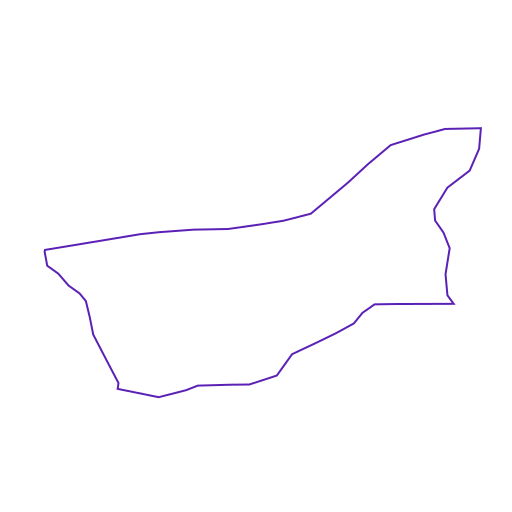 outline of Sabha, rotated 186°
{"feature_id": "LBY-2971", "entity_name": "Sabha", "entity_type": "Municipality", "adm_level": 1, "iso_a3": "LBY", "parent_name": "Libya", "parent_adm1": "", "projection": "mercator", "projection_center": [14.98, 26.993], "detail": "fine", "context": "isolated", "style": "outline", "palette": "violet", "viewbox_px": 512, "rotation_deg": 186, "n_neighbors": 0, "source": "natural_earth", "source_scale": "10m", "svg_char_len": 765}
<svg xmlns="http://www.w3.org/2000/svg" viewBox="0 0 512 512"><g transform="rotate(186 256 256)"><path d="M379.7,109.4L379.5,115.3L392.6,135.0L409.7,160.9L414.9,177.7L420.5,193.4L427.5,200.3L439.3,207.0L450.8,217.8L462.6,224.5L466.7,238.3L466.5,240.0L373.4,265.6L354.6,269.6L320.7,275.7L286.8,279.9L254.8,287.9L232.2,294.0L205.9,303.8L191.1,319.1L172.5,338.3L154.0,359.3L133.6,380.4L101.9,394.2L81.3,402.1L45.7,406.6L45.7,406.3L45.3,386.0L52.4,363.3L72.8,344.0L83.7,321.2L81.6,310.0L72.0,298.9L64.2,284.0L65.6,257.6L61.5,236.9L54.4,229.1L114.2,222.6L133.0,220.3L144.2,210.6L151.6,199.2L168.5,187.5L187.3,175.8L209.8,162.2L222.8,139.3L249.2,127.5L268.1,125.3L300.3,121.0L311.6,115.2L338.1,105.4L379.7,109.4Z" fill="none" stroke="#5b21b6" stroke-width="2"/></g></svg>